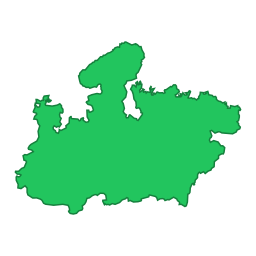 Madhya Pradesh, Robinson projection
{"feature_id": "IND-3261", "entity_name": "Madhya Pradesh", "entity_type": "State", "adm_level": 1, "iso_a3": "IND", "parent_name": "India", "parent_adm1": "", "projection": "robinson", "projection_center": [78.282, 23.967], "detail": "fine", "context": "isolated", "style": "filled", "palette": "green", "viewbox_px": 256, "rotation_deg": 0, "n_neighbors": 0, "source": "natural_earth", "source_scale": "10m", "svg_char_len": 5746}
<svg xmlns="http://www.w3.org/2000/svg" viewBox="0 0 256 256"><path d="M125.8,42.0L131.8,45.0L135.5,43.8L135.9,44.5L136.4,44.1L137.6,44.9L139.4,46.7L141.0,46.6L141.9,49.8L144.0,53.7L143.9,56.4L144.5,57.2L143.4,58.8L141.4,60.0L141.8,61.7L140.9,62.4L140.9,63.3L141.7,64.6L138.1,72.3L136.3,73.8L136.0,75.3L136.5,78.2L131.4,80.3L126.9,80.9L125.9,83.5L123.9,85.5L126.8,91.8L125.7,97.2L121.8,101.3L123.2,103.4L124.4,108.5L123.2,111.6L124.5,113.6L126.4,114.9L125.8,116.5L126.5,117.8L128.3,117.6L129.3,115.1L129.9,114.8L134.2,118.3L136.5,118.7L136.9,120.0L138.1,120.5L142.3,114.5L142.4,113.1L140.9,112.6L141.0,111.2L139.7,108.4L138.6,107.8L136.4,108.3L135.8,107.5L136.3,105.5L135.9,101.8L134.0,99.1L133.2,94.1L132.1,91.0L130.6,89.2L132.2,86.3L132.3,85.2L134.1,85.1L136.0,87.0L136.6,84.6L135.9,83.6L136.0,82.6L137.4,81.7L137.9,84.6L138.8,84.8L139.2,84.4L139.3,82.4L140.2,81.3L140.9,82.3L140.6,84.2L141.8,84.1L141.9,84.6L141.3,88.3L139.6,90.2L139.9,92.1L142.6,90.2L142.9,88.9L144.2,89.7L143.3,90.9L143.6,92.1L145.8,91.5L146.2,93.0L147.4,91.9L150.1,92.4L150.4,91.7L149.7,88.5L150.9,86.5L151.3,86.9L150.4,89.0L150.9,90.0L152.1,89.0L154.3,88.5L151.6,92.9L151.4,94.3L151.9,95.1L153.0,95.1L153.2,93.1L154.2,93.1L154.7,94.1L155.2,94.2L157.1,92.0L159.5,92.9L162.6,92.7L163.5,93.4L165.1,92.7L164.3,90.7L164.7,89.9L166.3,89.6L170.7,86.5L171.7,86.9L173.5,84.9L175.5,84.9L176.4,86.1L176.7,88.7L178.7,90.0L179.3,91.8L176.3,94.6L175.4,94.7L175.5,96.1L176.1,96.9L178.9,96.9L178.9,95.4L180.1,96.7L180.8,96.8L181.7,95.8L180.5,95.1L180.2,93.8L182.5,94.1L182.9,92.8L184.9,95.1L186.9,94.9L187.1,94.2L185.5,92.8L188.4,92.4L189.0,91.1L189.8,90.8L190.5,91.7L188.0,97.8L189.1,98.2L191.6,97.8L192.7,98.7L194.2,98.3L196.6,100.0L197.5,98.9L198.7,98.5L198.6,97.0L200.1,94.6L200.3,92.3L203.3,92.6L203.5,94.0L204.8,94.2L206.1,93.5L204.9,92.4L207.8,91.4L208.8,94.8L212.2,95.4L213.3,96.7L215.6,96.5L216.4,97.9L216.4,99.4L218.5,101.1L220.5,101.5L222.8,103.0L225.0,102.0L225.0,104.3L225.7,104.5L226.4,103.5L226.5,105.8L228.0,106.4L227.6,108.2L230.2,108.1L230.6,105.7L234.9,106.6L237.8,105.6L238.0,106.8L239.4,107.2L240.6,109.5L240.1,110.4L238.9,110.1L238.5,110.6L238.5,114.3L239.3,115.2L239.3,117.2L238.5,120.7L237.0,121.7L238.6,123.6L238.6,125.1L240.3,127.1L239.8,128.8L237.0,130.1L236.3,131.9L232.6,133.8L221.8,132.9L220.0,131.9L218.2,131.8L215.0,133.1L211.7,130.4L210.1,131.0L211.8,135.8L211.1,137.5L210.1,138.1L209.4,140.1L210.4,142.3L213.7,140.6L218.1,142.0L220.8,145.8L222.8,145.8L224.7,147.6L224.0,152.3L223.3,153.9L221.8,153.8L218.6,155.5L218.5,158.4L214.4,161.6L214.1,166.7L211.6,168.4L210.9,170.1L208.3,171.0L205.2,173.5L203.6,171.7L200.5,173.3L199.5,172.2L198.7,172.7L197.6,174.6L197.5,177.7L195.2,180.2L194.9,182.6L194.1,183.1L194.5,184.6L193.9,184.9L192.8,183.5L192.0,184.0L190.3,187.9L189.9,192.4L189.1,193.6L187.8,194.2L187.4,202.1L186.3,205.8L184.9,206.5L181.3,204.3L179.2,204.5L179.6,202.9L179.2,201.9L177.5,200.6L176.8,199.0L173.6,197.2L169.0,199.9L167.9,199.5L165.0,200.5L164.0,199.0L162.6,198.6L160.1,198.8L157.6,200.2L156.8,197.8L155.6,196.5L149.8,195.0L149.2,195.1L148.7,196.8L141.8,198.7L141.1,199.2L141.4,200.3L141.0,200.9L138.0,201.7L133.5,202.0L130.2,200.5L128.4,201.1L128.0,198.2L126.8,197.6L125.4,198.8L122.3,199.8L119.6,202.5L115.1,204.3L112.1,203.6L109.7,205.0L108.1,204.4L106.3,204.7L105.0,203.8L104.4,204.6L102.8,201.3L102.8,200.3L106.5,199.9L105.8,195.2L103.9,193.4L100.2,193.2L97.3,195.4L96.3,194.6L94.6,194.7L92.4,195.6L89.5,197.8L86.9,198.4L85.9,201.9L84.5,204.2L82.3,205.8L82.7,208.7L82.0,210.0L78.7,210.9L76.5,213.3L73.3,214.0L70.2,213.4L68.7,211.7L68.6,211.1L69.6,210.5L69.3,207.9L68.1,205.3L62.8,204.3L53.6,205.2L45.6,204.2L43.6,203.2L42.0,200.3L40.5,199.2L36.8,197.9L32.7,198.0L27.9,194.9L27.1,192.3L27.1,188.1L25.1,185.8L21.0,188.6L17.9,187.9L18.2,184.4L16.3,180.4L16.2,177.0L16.9,176.1L18.2,176.9L19.7,176.6L21.0,175.0L19.7,174.2L17.2,174.1L15.4,172.2L15.6,171.3L18.6,171.3L21.7,168.4L24.2,167.4L26.5,162.0L25.7,160.6L24.0,160.2L23.1,155.7L24.8,154.6L27.0,154.9L33.3,151.7L31.7,150.0L28.6,149.3L28.2,148.1L29.5,145.8L31.1,144.3L36.8,141.1L38.9,136.9L38.1,131.3L39.8,125.8L38.1,123.5L37.3,120.0L36.2,119.3L33.8,119.1L34.7,116.4L36.8,114.1L36.4,113.2L33.5,112.2L33.3,111.5L35.2,107.2L34.8,105.3L35.2,103.8L35.9,105.4L37.7,107.3L39.6,106.7L40.2,103.9L36.5,103.2L36.1,99.5L37.2,99.5L40.6,101.3L42.0,100.3L43.2,100.4L43.2,98.0L44.2,96.1L48.9,95.5L48.2,97.4L49.0,99.2L47.2,99.2L47.0,99.9L48.4,100.6L50.7,100.1L51.1,100.6L49.8,101.8L48.4,102.1L45.5,100.5L46.1,102.6L45.2,104.0L45.6,105.3L52.2,106.1L57.3,105.1L59.8,103.8L61.5,105.7L61.5,107.3L62.9,109.2L63.0,112.1L62.1,113.1L60.3,112.4L59.5,114.4L59.9,116.9L61.2,118.3L59.7,121.9L61.3,124.1L59.3,127.0L58.1,126.3L56.5,127.2L54.2,125.8L53.1,127.4L53.4,129.4L55.4,130.7L55.9,132.4L58.3,133.3L59.2,131.2L59.3,129.5L60.9,130.5L65.9,128.1L66.3,127.1L65.8,125.9L69.2,123.0L69.4,117.8L70.7,116.6L71.1,116.6L71.1,117.8L71.7,118.6L77.9,119.1L79.3,120.8L80.4,120.4L81.1,118.6L83.2,117.8L83.5,118.3L83.0,119.9L83.4,120.4L85.9,122.3L88.3,121.8L89.1,120.2L87.2,117.0L86.9,110.2L88.7,110.2L89.3,112.2L89.9,112.3L92.8,111.0L93.4,109.8L92.2,106.2L90.7,105.0L88.0,104.4L86.3,102.4L86.6,101.7L88.9,100.6L88.0,96.9L88.5,96.1L91.9,94.7L97.0,93.5L100.3,94.1L101.7,93.0L102.1,91.0L101.0,89.0L101.2,87.7L100.7,86.4L101.1,85.1L100.3,84.1L99.1,84.1L98.0,84.7L96.5,87.1L94.4,86.7L89.9,88.2L88.6,87.3L86.1,87.4L84.4,86.2L83.0,86.0L81.8,84.3L80.5,83.6L79.7,80.9L78.6,75.9L79.5,75.2L79.8,73.2L82.8,69.9L85.3,69.9L89.6,64.6L91.8,63.5L92.5,62.5L94.1,62.1L95.2,60.5L97.3,60.4L100.5,56.8L102.6,56.7L103.3,55.3L105.1,55.2L107.7,53.2L110.2,52.5L113.2,50.5L112.9,49.6L114.4,49.0L115.0,47.8L117.8,46.9L119.5,47.3L120.0,43.9L121.3,44.3L121.8,43.1L124.0,43.3L124.7,42.2L125.8,42.0Z" fill="#22c55e" stroke="#15803d" stroke-width="1.5"/></svg>